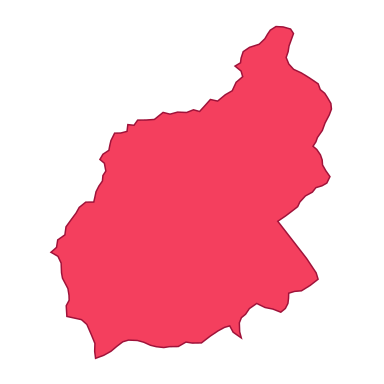 Dourado, São Paulo, Brazil (Natural Earth projection), rotated 86°
{"feature_id": "56859067B42142271375919", "entity_name": "Dourado", "entity_type": "district", "adm_level": 2, "iso_a3": "BRA", "parent_name": "Brazil", "parent_adm1": "São Paulo", "projection": "natural_earth1", "projection_center": [-48.341, -22.121], "detail": "fine", "context": "isolated", "style": "filled", "palette": "rose", "viewbox_px": 384, "rotation_deg": 86, "n_neighbors": 0, "source": "geoboundaries", "source_scale": "gbopen_adm2", "svg_char_len": 1884}
<svg xmlns="http://www.w3.org/2000/svg" viewBox="0 0 384 384"><g transform="rotate(86 192 192)"><path d="M36.3,82.3L33.7,89.5L32.8,96.7L36.0,102.6L39.8,105.6L44.2,108.6L49.3,114.7L51.7,124.5L55.5,131.1L61.9,133.7L66.5,134.6L69.4,140.3L74.8,134.6L80.5,133.4L85.6,140.3L93.8,144.8L97.3,152.0L103.1,160.1L101.0,167.2L106.0,172.3L112.2,178.8L110.1,184.8L112.3,191.8L111.3,200.8L112.8,208.5L110.6,215.3L117.0,224.5L117.0,232.8L116.5,241.2L121.4,245.2L120.3,251.3L127.0,252.6L128.2,259.0L127.9,265.1L135.1,269.3L140.0,270.8L144.6,272.0L148.1,278.2L153.1,281.6L157.2,277.4L165.1,276.5L169.3,279.7L174.8,280.6L179.5,284.4L185.0,287.7L190.6,289.3L195.2,290.7L194.7,298.7L199.5,305.6L204.9,309.1L210.5,313.9L217.9,320.1L225.9,321.8L230.4,329.3L237.8,331.0L242.3,336.9L246.8,330.2L253.8,327.5L263.5,327.8L269.0,327.2L279.7,322.5L286.4,321.9L291.4,322.1L296.7,325.4L307.4,325.5L311.6,311.2L316.8,306.1L327.8,302.2L336.3,299.4L344.1,300.2L351.2,299.8L348.7,291.3L345.2,283.9L340.6,277.6L336.6,271.5L335.3,265.7L336.3,256.8L338.5,250.6L342.0,244.1L343.8,238.5L345.2,231.0L344.7,225.4L345.2,216.5L341.3,208.5L342.7,202.3L343.2,193.1L337.0,183.8L332.3,175.6L329.3,169.0L328.2,163.7L334.8,160.7L341.0,153.0L334.8,154.2L325.8,153.9L320.8,151.5L317.7,147.1L312.3,142.9L307.7,135.2L312.3,127.2L314.4,119.6L318.1,111.8L314.7,107.0L309.9,104.1L304.7,103.1L299.7,102.6L298.3,96.6L298.2,89.7L293.4,80.6L287.8,72.3L281.3,73.8L266.2,82.4L227.2,108.5L222.4,100.3L218.1,93.7L214.0,87.6L209.5,85.1L203.8,79.1L200.5,71.9L196.3,68.1L194.9,61.9L192.5,56.9L186.3,53.3L180.0,57.1L174.1,59.9L169.1,59.9L163.9,61.3L158.4,64.5L154.8,68.1L150.6,64.9L146.4,63.1L139.7,57.7L132.5,54.5L124.7,49.7L119.0,47.1L113.3,47.3L107.0,50.4L102.8,52.7L98.8,56.9L92.9,58.6L86.3,67.0L80.8,74.7L76.7,82.1L71.1,86.5L64.4,88.7L58.7,86.3L53.0,85.0L46.0,81.9L41.0,79.7L36.3,82.3Z" fill="#f43f5e" stroke="#9f1239" stroke-width="1.5"/></g></svg>